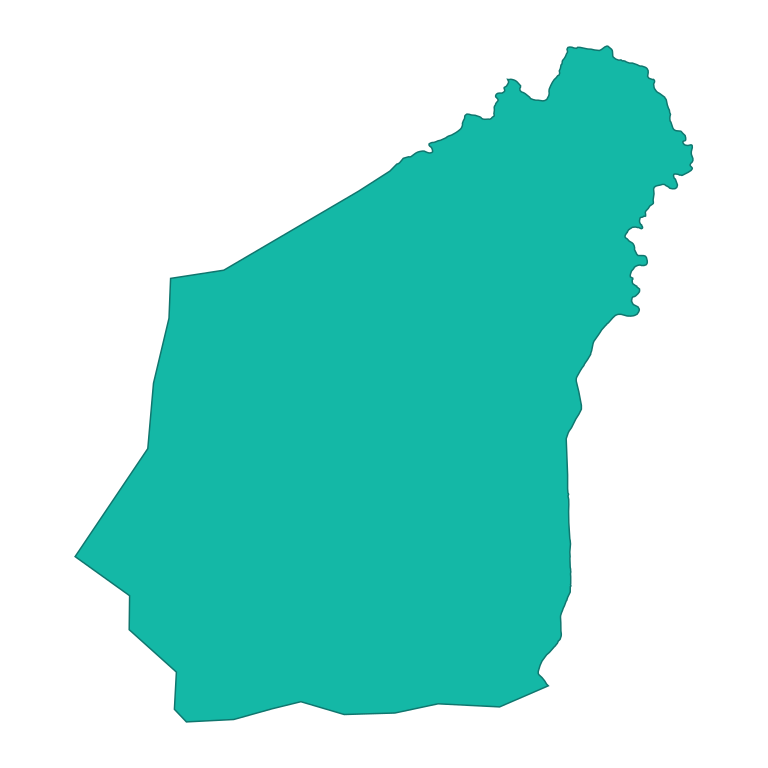 Municipality F, Montevideo, Uruguay (orthographic projection)
{"feature_id": "84410073B77217372217582", "entity_name": "Municipality F", "entity_type": "district", "adm_level": 2, "iso_a3": "URY", "parent_name": "Uruguay", "parent_adm1": "Montevideo", "projection": "orthographic", "projection_center": [-56.051, -34.817], "detail": "fine", "context": "isolated", "style": "filled", "palette": "teal", "viewbox_px": 768, "rotation_deg": 0, "n_neighbors": 0, "source": "geoboundaries", "source_scale": "gbopen_adm2", "svg_char_len": 6014}
<svg xmlns="http://www.w3.org/2000/svg" viewBox="0 0 768 768"><path d="M548.3,685.8L546.6,684.1L544.7,680.9L542.1,677.7L539.0,674.8L538.5,674.0L538.2,673.3L538.3,671.2L540.1,665.3L542.0,661.1L542.5,660.4L546.6,654.8L549.4,652.4L554.2,646.9L555.4,645.8L556.3,644.5L557.3,643.4L558.4,640.9L559.0,640.5L560.1,639.3L560.3,638.7L561.2,635.9L561.3,634.0L560.9,630.8L560.8,622.9L560.5,617.2L560.6,615.6L561.6,612.5L562.4,610.7L563.2,608.3L564.4,605.9L566.2,601.0L566.7,600.5L567.6,597.5L570.2,592.1L570.3,586.7L570.8,586.2L570.9,585.7L570.5,584.8L570.7,583.5L570.7,576.6L570.5,573.8L570.8,571.9L570.6,570.3L570.6,569.1L570.2,567.2L569.9,558.2L570.1,556.7L569.8,552.1L570.5,544.0L570.2,540.6L569.8,538.7L568.8,522.7L568.6,511.4L568.8,504.7L568.7,499.4L568.0,496.1L568.6,494.2L567.9,492.8L567.6,488.6L567.6,474.9L566.2,438.7L568.2,432.9L569.1,431.1L571.5,427.7L575.9,418.9L578.9,414.2L581.4,409.2L581.4,405.4L578.8,391.7L576.3,381.4L576.2,380.1L576.3,378.3L576.9,376.8L580.3,370.7L582.0,368.0L583.9,365.5L584.5,364.0L587.8,359.2L590.7,354.3L590.8,353.0L591.6,350.9L593.1,343.4L593.9,341.3L599.1,333.9L601.8,329.7L605.7,325.3L606.5,324.7L606.8,324.0L608.4,322.8L612.7,317.9L615.4,315.4L617.5,314.5L618.7,314.3L621.1,314.3L627.2,316.0L630.8,316.1L633.3,315.8L634.7,315.4L637.1,314.2L638.6,312.0L639.1,310.8L639.3,309.9L639.2,309.0L638.0,306.9L633.3,304.5L631.9,302.1L631.9,301.7L631.5,301.3L631.7,300.7L631.5,300.0L631.8,299.6L632.0,298.3L632.3,297.6L633.0,296.9L634.7,296.5L635.9,295.7L638.1,293.6L639.4,291.8L639.6,290.7L639.5,289.0L637.0,287.0L636.7,286.1L635.8,285.8L632.9,283.8L632.3,282.4L632.2,280.0L632.3,279.7L632.8,279.3L632.8,278.2L630.4,276.9L630.2,275.6L630.5,274.0L631.5,271.1L633.7,268.6L634.4,267.2L636.3,266.0L638.0,265.3L640.0,265.0L641.9,265.6L643.3,265.4L643.8,265.6L646.1,264.8L647.0,263.6L647.3,262.2L647.2,260.6L646.4,257.5L645.4,256.2L643.7,255.6L638.0,255.5L636.9,254.4L634.5,249.6L634.6,247.7L634.1,245.6L633.2,243.9L632.2,242.9L629.2,241.1L627.2,238.9L625.8,238.0L625.2,237.3L625.0,236.4L625.2,235.3L627.1,232.2L627.3,232.3L627.7,231.3L628.7,229.6L629.5,229.4L630.1,228.6L630.8,228.4L632.3,227.3L635.5,227.0L637.9,227.6L638.8,227.5L640.4,228.4L641.5,228.7L642.4,228.2L642.6,227.6L642.2,226.6L642.3,226.4L641.8,226.0L641.7,225.1L641.2,224.6L640.8,224.6L640.5,224.1L639.6,222.2L639.5,220.7L640.0,218.1L640.7,217.4L642.2,217.2L643.8,216.4L644.0,216.1L645.1,216.3L645.6,216.0L645.6,214.4L645.3,212.3L645.8,211.1L648.3,208.4L649.8,206.0L652.8,203.9L653.3,203.3L653.4,202.3L653.1,200.0L654.0,193.9L653.6,189.0L654.3,187.2L655.9,186.1L657.1,185.7L660.9,184.9L662.2,184.4L664.0,184.4L664.7,184.6L665.9,185.6L667.7,186.5L668.7,187.1L669.6,188.1L670.5,188.4L672.6,188.8L674.9,188.7L675.5,188.4L676.6,187.6L676.9,187.1L677.4,185.4L677.4,184.7L675.4,179.2L674.1,178.0L673.5,175.8L673.8,174.5L674.2,174.1L675.6,174.0L678.0,174.3L679.7,175.1L680.5,175.0L681.8,175.4L682.5,175.2L688.2,172.3L691.1,170.4L692.2,168.9L692.3,168.3L692.1,167.7L690.4,165.9L690.2,165.5L690.1,164.8L690.7,163.5L692.2,162.0L692.9,160.5L692.9,158.5L691.4,154.4L691.3,153.5L691.3,151.6L692.3,147.7L692.2,145.7L691.9,145.2L691.3,144.9L690.6,144.9L687.9,145.5L685.6,145.2L684.3,144.6L683.2,143.2L682.8,142.0L683.1,141.4L683.8,141.0L685.0,140.7L685.5,140.3L685.7,139.7L685.7,137.9L685.1,135.5L682.9,133.4L681.3,131.6L680.8,131.2L676.1,130.7L674.4,130.0L673.7,129.3L673.2,128.6L672.8,127.9L670.9,122.1L670.2,121.1L670.0,120.3L669.8,118.3L670.0,116.3L670.5,114.3L669.7,112.5L669.4,110.2L668.4,108.1L667.3,104.9L666.3,100.0L665.8,99.0L665.1,98.2L664.7,97.2L659.7,93.5L657.5,92.3L656.4,91.3L654.7,88.9L654.1,87.6L653.6,84.0L654.5,82.1L654.6,81.1L654.3,80.2L653.5,79.4L652.5,79.5L649.0,78.3L647.6,76.4L648.2,72.6L648.1,70.6L647.0,68.5L645.9,67.6L644.9,67.1L641.9,66.1L640.4,66.1L639.3,65.8L637.1,64.7L632.5,63.1L629.6,63.1L626.4,62.0L625.2,61.2L623.7,60.8L622.4,60.9L621.0,59.9L618.8,60.2L615.6,59.0L613.3,57.1L612.8,56.3L612.5,51.8L612.3,50.5L611.6,49.3L607.9,46.2L606.9,46.1L604.9,46.9L601.3,49.6L599.4,50.5L594.7,50.0L591.2,49.2L587.8,49.0L580.1,47.4L577.7,47.3L576.5,48.3L574.0,48.0L572.2,47.3L570.7,47.1L569.3,47.1L567.9,47.5L567.0,49.2L567.5,51.3L567.4,52.5L566.6,53.6L565.6,56.1L564.9,57.4L564.0,58.8L563.0,59.9L562.3,61.1L562.2,62.7L561.8,64.2L561.0,65.0L560.4,68.4L559.3,70.9L559.7,73.1L559.2,74.7L558.9,75.2L557.7,75.7L556.2,77.7L554.2,79.6L552.4,82.3L550.8,85.4L549.2,89.2L549.0,91.3L549.2,93.5L548.8,95.6L546.8,99.4L544.9,100.5L542.9,100.9L538.0,100.2L535.7,100.2L533.2,99.6L530.6,98.6L529.6,97.2L525.4,93.8L523.6,92.7L521.4,91.9L520.0,90.4L519.8,88.3L520.4,87.6L520.6,85.8L517.1,81.9L515.7,80.8L514.0,80.0L511.8,79.4L510.4,79.3L508.9,79.6L507.6,79.4L508.4,81.1L508.6,82.0L508.2,83.3L506.5,86.1L504.2,87.5L504.1,88.3L504.7,90.0L504.7,91.0L503.7,92.1L502.0,93.1L499.2,93.1L497.8,93.3L496.5,94.1L495.9,95.0L495.6,95.9L495.7,96.9L496.5,97.6L497.9,99.3L498.2,100.1L497.7,101.1L496.2,102.9L495.6,104.0L495.5,104.8L494.5,106.2L494.2,107.3L494.4,110.1L493.9,113.8L494.2,114.8L494.2,115.9L492.0,117.5L491.5,118.3L490.3,119.0L489.4,119.3L488.6,119.1L484.8,119.3L483.1,119.1L481.8,118.5L480.8,117.4L479.7,116.8L475.2,115.3L471.5,115.0L469.2,114.3L467.3,114.1L466.6,114.2L465.3,115.3L464.8,116.0L464.6,118.0L464.3,119.1L463.5,120.4L462.4,123.3L462.5,124.6L462.2,126.2L461.2,128.3L460.3,129.3L458.1,131.1L455.8,132.7L451.5,135.1L449.0,135.9L447.3,136.7L445.9,137.8L444.2,138.6L440.4,140.3L438.0,140.8L436.0,141.7L433.9,142.4L432.1,142.5L430.4,143.1L429.1,143.9L429.0,145.0L429.7,146.1L431.0,147.1L431.7,148.0L432.2,149.2L432.6,150.9L432.6,151.8L431.8,152.5L430.1,153.0L428.7,152.9L427.1,152.4L424.2,151.1L422.2,151.1L419.8,151.5L417.7,152.1L415.6,153.2L410.9,156.7L409.8,156.9L408.5,156.8L403.3,158.3L399.7,162.7L398.3,163.7L396.8,164.1L389.9,171.1L358.7,191.1L223.8,270.2L170.6,278.4L169.0,318.2L153.5,383.2L147.8,448.6L75.1,556.6L129.6,595.7L129.2,629.7L176.4,672.1L174.4,709.3L186.4,721.9L233.7,719.5L272.0,708.8L300.9,701.7L344.2,714.5L394.9,713.0L438.1,703.8L499.6,706.9L548.3,685.8Z" fill="#14b8a6" stroke="#0f766e" stroke-width="1.5"/></svg>